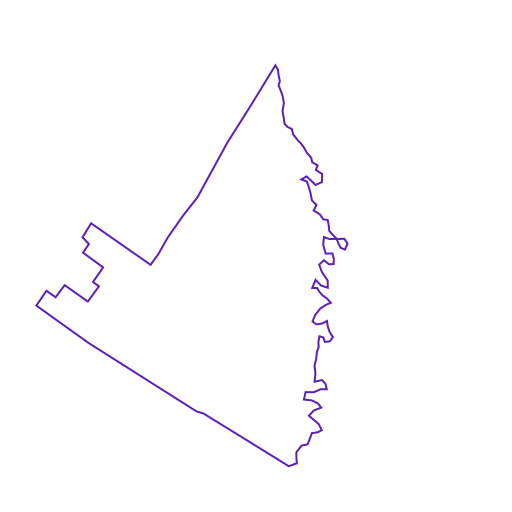 Nova Prata, Rio Grande do Sul, Brazil, rotated 35°
{"feature_id": "56859067B11495971220999", "entity_name": "Nova Prata", "entity_type": "district", "adm_level": 2, "iso_a3": "BRA", "parent_name": "Brazil", "parent_adm1": "Rio Grande do Sul", "projection": "orthographic", "projection_center": [-51.583, -28.732], "detail": "fine", "context": "isolated", "style": "outline", "palette": "violet", "viewbox_px": 512, "rotation_deg": 35, "n_neighbors": 0, "source": "geoboundaries", "source_scale": "gbopen_adm2", "svg_char_len": 1830}
<svg xmlns="http://www.w3.org/2000/svg" viewBox="0 0 512 512"><g transform="rotate(35 256 256)"><path d="M267.6,157.7L263.2,150.9L255.7,151.2L254.4,146.4L248.4,147.0L244.7,143.8L238.5,142.3L232.7,139.5L228.1,138.0L224.1,137.3L216.8,135.1L212.5,131.4L208.1,132.2L203.5,131.3L199.5,126.9L194.7,122.2L191.1,114.7L186.5,110.1L182.1,106.8L176.6,103.3L175.2,99.0L170.8,95.0L167.2,90.9L162.5,88.7L165.5,136.8L167.5,179.7L168.9,192.2L174.4,241.6L173.1,264.3L173.1,291.3L174.9,310.6L174.7,323.7L102.2,323.8L103.2,340.2L112.2,342.0L112.4,352.5L137.3,353.0L137.4,370.8L144.7,370.9L144.4,389.8L116.0,389.6L115.5,404.7L104.3,404.7L104.5,422.6L168.5,423.3L296.6,417.4L303.6,415.1L309.4,414.8L345.1,412.7L403.4,409.4L408.3,402.4L404.8,398.0L401.7,393.8L402.0,385.4L406.3,380.6L403.4,369.0L407.6,365.1L409.8,361.0L403.7,357.7L396.6,357.0L391.0,356.5L391.9,349.4L396.4,342.8L391.1,341.2L384.3,342.4L377.6,346.1L374.7,339.1L381.6,334.3L385.4,328.0L390.4,324.6L386.4,320.9L381.3,319.7L376.1,325.4L372.1,318.2L366.8,312.2L364.4,305.9L360.9,299.5L359.6,294.7L356.5,290.8L354.0,285.4L358.0,284.1L361.7,286.9L365.4,283.6L365.5,278.3L359.9,276.0L355.3,272.6L351.4,268.5L348.9,273.4L344.7,277.3L339.9,277.3L338.3,270.5L338.8,262.2L341.3,255.9L344.1,251.4L338.6,250.1L333.0,250.1L328.4,248.9L324.4,247.2L320.4,249.9L318.5,241.4L326.2,242.9L333.0,240.8L328.8,235.0L319.1,231.3L312.7,226.8L314.1,220.5L320.6,220.9L324.2,218.1L321.6,213.9L317.1,210.1L311.7,214.1L304.6,208.3L300.8,201.5L306.3,200.0L312.4,195.7L306.9,194.7L301.8,193.5L297.7,188.9L294.1,185.4L290.0,187.4L284.6,185.3L277.1,185.6L276.3,179.5L269.9,178.4L263.9,172.6L258.8,168.5L254.8,165.8L249.3,167.3L251.7,161.8L258.5,162.7L263.9,163.7L267.6,157.7ZM312.4,195.7L316.3,198.5L320.6,200.7L325.1,199.8L324.0,193.5L318.6,191.2L312.4,195.7Z" fill="none" stroke="#5b21b6" stroke-width="2"/></g></svg>